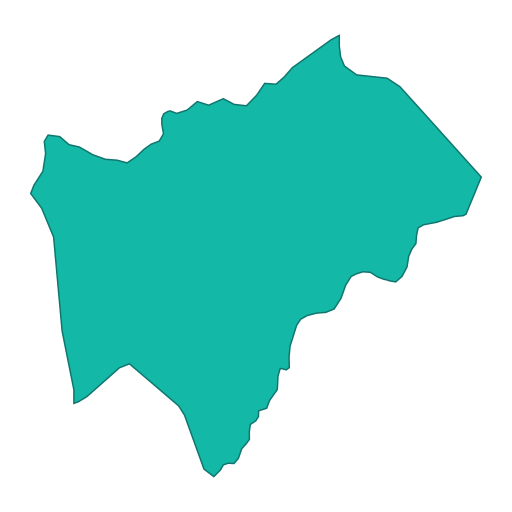 Komondjari, Equal Earth projection
{"feature_id": "BFA-2875", "entity_name": "Komondjari", "entity_type": "Province", "adm_level": 1, "iso_a3": "BFA", "parent_name": "Burkina Faso", "parent_adm1": "", "projection": "equal_earth", "projection_center": [0.776, 12.701], "detail": "fine", "context": "isolated", "style": "filled", "palette": "teal", "viewbox_px": 512, "rotation_deg": 0, "n_neighbors": 0, "source": "natural_earth", "source_scale": "10m", "svg_char_len": 1467}
<svg xmlns="http://www.w3.org/2000/svg" viewBox="0 0 512 512"><path d="M339.3,35.4L339.3,46.0L340.6,56.8L344.4,66.0L356.6,74.9L387.1,78.2L399.9,86.7L424.2,113.6L449.7,142.0L481.3,177.1L481.2,177.3L466.0,214.2L463.0,215.7L454.4,216.5L436.9,222.2L423.4,224.8L418.1,227.9L416.6,235.1L415.9,243.6L412.0,248.8L408.7,256.3L407.0,267.0L402.0,276.4L395.7,281.9L389.4,280.8L386.1,279.7L383.6,279.2L377.5,276.9L370.4,272.3L362.9,271.8L356.5,273.8L351.2,276.4L345.7,285.1L341.0,298.3L334.1,309.0L325.7,312.4L316.6,313.1L307.0,315.6L300.7,319.2L296.6,325.4L290.1,346.0L289.0,357.4L289.3,367.6L286.2,369.9L282.9,368.9L280.2,368.5L278.0,376.0L277.3,389.5L269.6,400.4L266.7,408.2L258.6,410.8L258.5,416.5L255.8,420.8L250.3,424.5L249.3,431.8L249.4,439.4L246.3,443.6L241.7,448.8L238.4,458.3L234.0,463.5L228.2,463.2L223.3,464.9L220.5,469.9L213.8,476.6L204.0,469.1L184.5,415.1L178.6,405.8L129.4,363.8L119.4,367.8L86.9,396.6L78.3,401.8L73.9,403.4L73.9,389.9L62.1,330.9L53.6,237.0L41.7,208.3L30.7,193.5L33.9,185.3L42.9,171.2L45.6,153.6L44.3,141.4L48.1,135.1L59.7,136.6L69.1,144.7L79.3,147.0L92.7,154.7L105.4,159.3L117.1,160.2L127.1,162.9L136.3,156.6L143.9,149.4L151.1,144.2L159.2,141.1L163.5,133.8L161.9,124.5L161.8,118.4L163.8,113.8L167.8,111.5L170.1,110.9L176.7,113.4L187.1,110.1L197.3,101.6L208.7,105.2L223.3,98.7L234.1,104.4L246.4,105.8L256.6,95.3L264.7,83.4L276.0,84.2L284.1,77.1L292.3,67.7L331.1,39.8L339.0,35.5L339.3,35.4Z" fill="#14b8a6" stroke="#0f766e" stroke-width="1.5"/></svg>